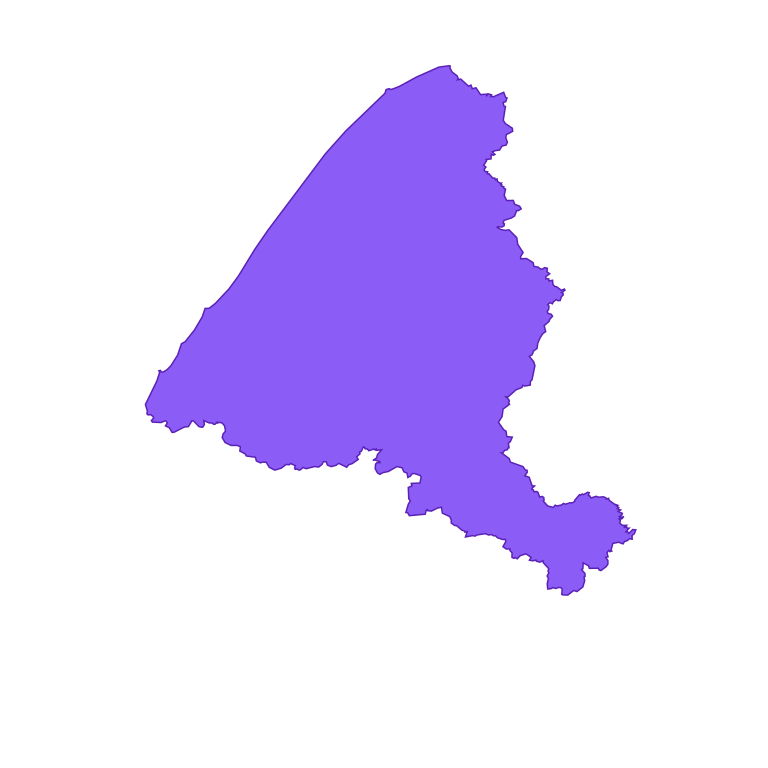 Tomatlán, Jalisco, Mexico, rotated 66°
{"feature_id": "50627088B62386575329079", "entity_name": "Tomatlán", "entity_type": "district", "adm_level": 2, "iso_a3": "MEX", "parent_name": "Mexico", "parent_adm1": "Jalisco", "projection": "equal_earth", "projection_center": [-105.032, 19.938], "detail": "fine", "context": "isolated", "style": "filled", "palette": "violet", "viewbox_px": 768, "rotation_deg": 66, "n_neighbors": 0, "source": "geoboundaries", "source_scale": "gbopen_adm2", "svg_char_len": 6170}
<svg xmlns="http://www.w3.org/2000/svg" viewBox="0 0 768 768"><g transform="rotate(66 384 384)"><path d="M627.3,230.7L625.6,228.1L626.1,226.0L625.3,222.5L626.7,220.4L623.3,219.0L622.5,216.1L619.6,213.3L618.1,216.0L620.1,221.3L617.6,221.6L617.9,223.9L615.4,218.8L614.9,220.5L613.2,220.4L612.6,223.4L611.7,220.1L610.0,223.8L606.8,225.3L605.2,223.7L603.6,223.8L603.8,221.3L602.6,218.8L602.5,223.4L601.5,221.9L600.8,222.7L600.4,219.9L599.1,218.9L595.7,222.0L595.3,219.1L592.9,221.6L592.3,219.8L590.0,221.3L589.9,219.8L587.3,222.5L581.8,225.6L579.8,225.3L579.5,227.8L578.2,227.6L576.3,229.4L574.6,234.2L572.9,235.8L572.3,241.3L570.0,241.5L568.9,242.7L566.7,240.7L565.8,242.0L566.2,246.8L565.1,247.6L565.5,249.8L564.6,250.4L567.8,257.0L568.8,257.5L569.2,260.2L568.1,262.6L567.6,267.1L566.1,268.6L566.7,271.2L565.7,275.7L564.3,276.9L565.6,279.6L561.9,284.1L555.7,286.1L555.2,285.0L552.6,284.2L551.0,285.3L550.6,287.8L545.6,287.4L544.2,288.4L543.5,290.8L541.6,290.6L540.4,291.8L539.7,291.7L538.4,288.0L537.2,290.1L528.3,289.3L525.1,292.6L522.9,289.0L520.9,288.4L520.2,289.8L515.9,290.7L506.8,300.3L503.1,299.9L494.7,304.7L495.3,303.4L493.7,300.9L494.2,298.0L493.0,296.8L493.1,295.7L488.6,294.4L488.0,292.0L484.7,288.4L482.0,293.2L476.7,291.7L474.4,293.3L465.5,295.0L461.8,289.4L455.3,285.4L453.6,277.6L451.7,277.9L450.6,276.4L448.7,276.4L445.2,277.9L446.2,275.8L443.0,265.8L443.3,259.4L441.6,257.8L443.1,256.4L444.5,250.8L441.2,249.3L440.4,247.1L428.7,238.7L424.6,238.2L417.8,240.0L417.5,236.8L414.6,233.8L413.8,229.8L409.1,226.8L405.3,222.6L402.6,218.5L401.9,215.0L395.8,213.9L393.9,207.7L392.3,206.3L390.7,202.5L388.4,202.8L386.0,205.6L383.9,205.2L382.8,203.2L380.0,201.6L378.0,202.1L377.2,199.2L379.2,197.6L377.7,195.6L377.0,192.3L378.6,191.2L379.4,189.1L376.5,186.6L375.5,184.0L373.8,183.6L372.7,184.6L371.9,180.5L370.6,180.6L370.6,183.8L365.3,186.8L364.3,188.4L361.6,189.2L357.8,187.8L357.0,191.5L355.0,190.7L353.7,193.4L351.7,192.4L350.7,187.8L347.7,189.5L344.7,187.7L343.0,189.9L343.5,192.7L342.1,194.7L340.0,195.5L337.6,199.2L333.8,198.4L327.4,202.7L325.1,208.3L322.9,207.1L320.5,203.5L310.7,205.0L304.3,203.2L294.0,207.1L293.0,210.7L290.4,214.4L287.0,216.9L286.5,216.2L288.6,212.3L288.3,209.9L286.6,208.9L285.6,209.8L283.3,207.8L284.2,200.0L283.6,196.3L279.5,192.3L280.3,190.8L279.8,187.4L276.7,187.8L273.0,191.5L268.9,191.2L266.3,197.3L260.7,197.5L255.4,193.7L253.9,194.9L252.5,194.3L251.3,196.1L250.1,195.4L249.4,196.4L248.2,194.9L247.6,196.4L244.9,198.0L242.7,197.3L242.7,199.2L241.0,199.0L240.0,201.0L234.8,202.5L233.8,204.1L232.3,203.0L230.8,205.4L228.8,205.4L227.3,202.7L224.8,204.0L221.7,199.4L220.4,199.4L221.9,194.7L217.8,192.6L219.5,191.1L219.4,189.3L216.0,190.7L216.1,187.2L217.3,183.3L214.6,179.4L215.4,175.3L213.4,173.0L208.3,172.5L205.9,170.7L205.5,163.7L202.5,162.7L195.5,167.2L191.6,167.8L179.9,160.2L178.7,161.4L175.3,160.7L175.6,157.9L172.7,155.3L171.7,156.3L166.2,156.0L166.1,167.6L164.8,168.4L164.7,169.5L163.5,168.2L161.1,171.1L162.3,172.9L160.8,172.7L158.9,178.1L150.8,179.5L150.2,183.2L146.3,183.0L146.4,185.6L136.6,189.9L136.0,193.1L135.3,192.0L132.4,191.8L126.7,194.9L122.1,195.2L120.4,194.2L119.7,195.1L116.8,205.1L116.8,229.3L118.4,249.4L118.0,256.5L117.4,258.6L116.3,259.1L115.9,262.3L118.8,264.9L137.3,316.0L149.9,344.0L196.2,427.3L208.3,447.1L226.1,473.0L234.0,486.8L241.8,505.3L243.7,513.0L242.2,516.7L248.7,522.7L257.7,535.4L264.5,548.5L264.8,552.6L273.7,560.8L280.8,571.5L282.8,576.8L283.2,580.9L282.5,582.7L280.7,582.6L280.3,584.2L282.3,584.4L288.8,590.2L305.7,610.3L312.5,611.2L314.7,612.7L316.3,612.1L317.1,609.6L319.6,608.2L321.5,608.4L322.8,611.4L324.6,611.1L328.5,603.4L328.6,599.0L329.6,597.9L331.5,597.9L333.4,600.7L336.6,597.9L342.0,597.3L342.7,595.5L342.1,583.9L343.4,580.0L339.4,574.3L340.4,573.0L347.6,570.4L349.4,568.1L349.7,567.1L348.0,564.6L344.2,563.5L348.4,559.6L349.8,556.8L351.6,556.0L352.0,554.5L351.0,552.0L351.9,552.1L352.3,549.6L353.8,547.8L357.2,546.7L361.1,547.5L362.8,548.3L364.1,551.2L367.1,553.6L372.8,553.0L377.9,548.7L380.4,543.1L382.9,540.7L386.6,543.0L391.3,539.3L393.8,539.0L398.6,531.3L402.4,531.9L405.8,528.9L406.0,526.5L407.7,523.4L413.5,522.7L418.3,518.7L419.1,512.1L417.7,506.2L419.3,503.2L418.6,501.7L422.6,498.2L424.4,499.9L425.9,499.8L426.3,498.0L428.0,496.8L428.4,495.2L427.3,492.0L429.7,489.6L431.2,480.9L433.3,477.5L432.3,473.4L430.3,471.0L431.6,468.4L435.1,468.7L438.0,465.8L438.8,460.9L438.1,457.6L444.9,451.9L443.4,449.1L443.8,445.5L442.4,438.2L439.4,438.6L438.0,434.3L436.3,434.1L436.2,432.0L433.3,428.8L433.7,427.5L435.5,427.7L436.6,425.6L438.8,425.0L439.3,419.5L440.5,419.1L440.3,417.6L441.5,418.0L443.1,413.0L445.9,418.8L448.5,420.8L449.3,425.3L449.6,423.4L453.2,419.4L454.3,419.7L453.0,422.4L453.7,424.3L457.9,426.5L462.6,426.1L464.9,424.5L464.5,421.2L465.7,415.5L464.7,405.7L468.0,401.5L472.2,401.6L474.8,399.2L479.1,400.2L478.9,397.3L477.5,395.0L478.0,392.8L482.3,388.1L484.2,387.9L489.1,391.5L485.9,399.5L488.5,400.0L488.4,403.9L499.0,408.1L501.4,407.4L503.6,410.6L510.3,416.3L511.3,414.7L514.6,414.4L519.7,399.3L516.3,396.6L516.4,395.4L517.5,395.6L519.4,392.3L519.1,385.8L519.9,381.7L525.7,383.2L531.8,377.9L535.5,377.8L538.3,379.1L542.0,377.0L543.0,375.2L549.1,372.4L551.2,370.1L552.3,370.3L552.7,368.0L556.9,371.8L558.5,364.9L560.0,362.6L559.7,360.7L561.9,352.4L564.6,349.7L565.1,347.2L567.2,345.7L568.0,343.9L570.7,342.8L574.3,338.9L575.3,336.2L577.6,337.0L581.0,341.5L584.4,339.5L585.9,336.0L587.3,336.7L590.3,335.7L594.4,337.6L596.1,336.3L595.9,334.8L597.9,333.4L596.2,329.3L596.9,323.4L602.2,320.1L604.1,322.8L606.0,320.1L606.7,316.8L607.8,316.9L610.1,314.2L610.2,310.7L612.0,311.2L619.7,308.6L621.7,310.3L623.4,310.1L625.8,313.1L628.3,312.8L633.0,316.2L637.9,317.8L639.0,314.2L638.6,312.5L640.6,310.4L641.0,306.8L642.2,305.0L644.4,304.9L648.5,307.2L649.4,306.4L651.6,301.9L649.8,294.7L652.1,292.1L650.3,284.9L645.4,280.7L641.8,279.8L641.5,278.5L638.7,277.5L633.9,279.0L633.6,277.4L628.4,274.8L633.3,271.1L635.9,271.4L639.5,263.1L641.5,263.1L642.7,261.7L641.2,255.3L639.7,252.8L636.5,251.3L632.6,251.9L633.0,249.6L628.9,249.0L627.4,246.4L629.1,245.8L629.2,243.9L628.3,244.3L622.7,239.8L624.0,234.0L627.3,230.7Z" fill="#8b5cf6" stroke="#5b21b6" stroke-width="1.5"/></g></svg>